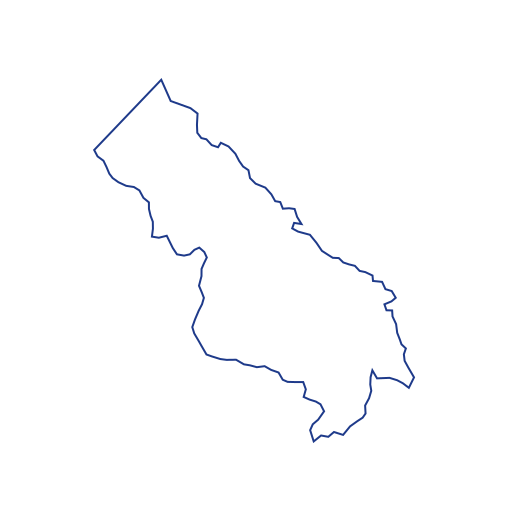 Dona Inês, Paraíba, Brazil, rotated 71°
{"feature_id": "56859067B91614548021503", "entity_name": "Dona Inês", "entity_type": "district", "adm_level": 2, "iso_a3": "BRA", "parent_name": "Brazil", "parent_adm1": "Paraíba", "projection": "orthographic", "projection_center": [-35.636, -6.608], "detail": "fine", "context": "isolated", "style": "outline", "palette": "blue", "viewbox_px": 512, "rotation_deg": 71, "n_neighbors": 0, "source": "geoboundaries", "source_scale": "gbopen_adm2", "svg_char_len": 1926}
<svg xmlns="http://www.w3.org/2000/svg" viewBox="0 0 512 512"><g transform="rotate(71 256 256)"><path d="M112.7,269.1L102.3,264.9L94.9,269.8L81.7,286.2L58.5,288.2L103.1,374.5L110.2,373.4L116.3,369.2L123.0,368.4L130.4,367.9L135.6,366.2L141.4,362.1L147.4,355.9L151.0,349.0L156.0,344.9L164.4,343.5L170.4,339.8L176.7,341.9L183.7,342.6L190.0,342.4L196.7,344.6L203.8,348.1L207.1,341.9L207.8,333.8L221.3,332.1L228.7,330.2L232.2,323.9L232.9,318.0L230.1,312.2L229.6,306.9L235.4,303.6L241.4,303.0L245.9,307.5L250.5,311.7L257.3,314.1L265.6,319.6L272.8,319.1L278.6,318.9L284.0,322.7L289.1,328.0L296.1,334.3L302.5,339.4L309.1,339.6L318.4,337.7L323.3,336.8L333.0,334.9L336.6,330.4L341.8,323.3L344.6,317.7L347.6,308.6L354.5,302.7L357.4,297.3L361.4,291.4L363.0,283.7L368.6,278.8L373.5,272.6L381.7,271.0L385.3,267.1L388.1,259.6L390.6,252.4L398.3,252.3L404.8,256.8L409.2,252.1L413.1,246.8L417.2,243.3L425.0,242.2L431.0,250.5L433.6,257.1L438.3,261.5L450.1,261.8L446.9,252.9L450.5,246.5L447.8,239.6L453.5,231.9L447.7,222.5L445.2,214.1L443.6,207.8L440.6,203.7L432.9,201.5L427.3,195.4L421.0,190.9L414.7,189.8L407.9,187.1L402.0,183.2L411.1,181.4L414.7,169.4L419.4,163.0L424.1,158.6L430.4,154.4L422.2,146.1L411.1,148.3L403.5,149.6L397.1,148.2L392.2,144.4L386.9,147.2L381.7,147.2L374.6,147.5L366.0,145.7L357.6,146.6L351.8,145.0L349.8,150.3L343.5,150.3L343.0,142.7L341.0,137.5L333.3,139.1L329.5,144.4L321.5,145.2L317.7,153.5L312.4,152.2L306.8,157.9L303.8,162.9L297.5,165.7L294.2,170.8L290.5,175.6L284.9,178.4L282.7,184.0L278.2,187.6L272.6,192.0L263.4,194.5L253.5,198.1L249.6,203.9L246.6,208.3L241.7,212.8L237.1,209.2L240.6,202.6L232.4,204.4L224.1,204.2L221.6,209.2L220.0,215.2L212.9,215.5L210.4,220.0L202.7,221.4L194.4,224.9L187.5,232.8L180.4,236.3L172.4,235.2L167.2,239.1L160.6,241.0L152.6,242.2L143.5,246.3L137.5,252.4L140.8,256.5L136.7,261.8L129.5,264.9L126.7,269.3L120.4,271.4L112.7,269.1Z" fill="none" stroke="#1e3a8a" stroke-width="2"/></g></svg>